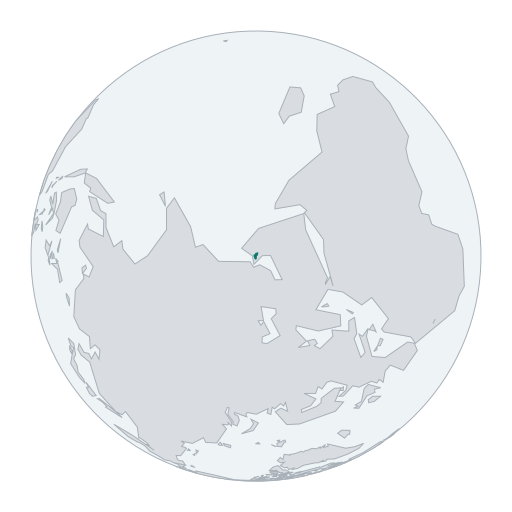 Al Buraymi on an orthographic globe, rotated 181°
{"feature_id": "OMN-4836", "entity_name": "Al Buraymi", "entity_type": "Province", "adm_level": 1, "iso_a3": "OMN", "parent_name": "Oman", "parent_adm1": "", "projection": "orthographic", "projection_center": [55.822, 24.259], "detail": "fine", "context": "on_globe", "style": "filled", "palette": "teal", "viewbox_px": 512, "rotation_deg": 181, "n_neighbors": 0, "source": "natural_earth", "source_scale": "10m", "svg_char_len": 10944}
<svg xmlns="http://www.w3.org/2000/svg" viewBox="0 0 512 512"><g transform="rotate(181 256 256)"><circle cx="256" cy="256" r="225" fill="#eef3f6" stroke="#a8b0b8"/><path d="M326.2,41.9L329.0,42.9L326.0,42.1L315.4,38.9L313.2,38.5L319.5,40.5L320.4,41.4L311.5,38.5L312.2,40.0L294.6,36.4L273.3,31.8L261.2,31.6L233.1,32.1L233.4,32.3L222.9,33.6L219.3,34.6L215.1,35.0L215.8,35.5L220.3,35.0L222.1,35.2L220.4,35.9L214.8,36.4L214.8,36.1L212.3,36.6L210.2,36.7L210.3,37.1L203.7,38.0L207.6,38.3L200.1,40.0L196.5,40.4L200.3,38.7L201.0,37.5L216.5,34.2L232.2,32.0L248.1,30.9L263.9,30.9L279.7,32.0L295.4,34.2L310.9,37.5L326.2,41.9ZM164.3,50.2L164.2,50.3L172.5,46.8L173.5,46.6L180.6,44.3L175.8,46.6L167.2,50.3L161.0,52.6L157.0,54.5L159.8,54.3L145.4,61.3L130.7,71.0L127.4,73.0L126.3,72.3L134.1,66.6L148.8,57.9L164.3,50.2ZM129.9,69.3L129.7,69.4L128.0,70.6L129.9,69.3ZM117.0,78.7L116.7,79.0L118.3,77.8L114.7,80.6L115.0,80.3L117.0,78.7ZM330.0,43.3L332.0,43.9L332.7,44.3L330.0,43.3ZM182.8,43.3L181.7,43.8L181.0,43.9L182.8,43.3ZM186.9,42.0L186.8,41.8L188.8,41.2L188.8,41.3L186.9,42.0ZM328.8,43.5L329.4,44.1L327.0,42.9L328.8,43.5ZM186.6,42.4L192.2,40.2L195.7,39.2L198.6,38.9L186.6,42.4ZM328.6,44.2L330.3,46.4L334.8,47.9L322.9,45.6L325.4,44.1L321.7,42.1L326.0,43.6L328.6,44.2ZM222.5,34.6L217.6,35.1L223.3,34.1L222.5,34.6ZM225.7,33.9L240.5,31.6L246.8,31.6L240.6,32.1L250.1,32.0L245.9,33.0L239.7,33.3L236.5,33.0L237.4,33.8L225.7,33.9ZM316.0,44.3L314.9,44.7L314.1,43.8L316.0,44.3ZM223.3,35.2L225.7,34.5L231.4,34.4L227.6,35.7L227.0,35.3L223.3,35.2ZM254.6,31.6L258.1,32.0L255.7,32.9L256.8,33.2L246.3,33.1L254.6,31.6ZM224.8,35.7L225.5,36.5L221.3,37.3L221.3,35.9L224.8,35.7ZM234.5,33.9L237.0,33.9L234.4,34.3L234.5,33.9ZM206.6,41.5L209.4,40.2L212.6,40.0L206.6,41.5ZM226.1,36.7L227.5,36.4L229.1,36.3L228.6,37.0L226.1,36.7ZM245.4,33.9L243.6,34.3L249.5,33.9L248.0,34.9L241.3,34.8L243.5,35.2L243.0,35.6L238.1,35.2L245.4,33.9ZM232.9,37.5L223.9,38.2L218.1,40.3L215.0,40.5L225.0,37.2L232.9,37.5ZM236.4,36.1L233.6,36.9L231.3,36.5L231.8,35.7L236.4,36.1ZM249.3,35.8L253.4,34.3L254.8,34.4L249.3,35.8ZM231.7,38.1L233.9,38.0L231.5,38.3L231.7,38.1ZM244.4,36.5L245.7,35.8L247.2,36.0L244.4,36.5ZM237.2,38.4L234.3,38.5L234.6,37.8L237.2,38.4ZM240.9,37.5L242.6,37.9L236.4,37.5L241.2,37.2L240.9,37.5ZM245.6,36.7L246.9,36.6L244.8,37.0L245.6,36.7ZM238.0,41.0L230.1,40.7L230.7,39.2L238.2,39.6L238.0,41.0ZM49.3,266.6L47.2,229.3L52.4,219.4L56.3,204.8L95.0,171.5L99.8,177.8L126.5,182.2L129.2,185.3L122.5,195.7L139.6,216.5L149.4,208.9L168.5,221.5L183.5,223.9L195.2,203.3L170.7,198.8L170.0,187.6L192.5,182.1L214.4,187.0L214.9,182.8L204.0,171.7L212.1,165.3L200.6,167.4L203.0,172.1L195.8,173.8L193.2,169.7L196.1,167.4L190.4,164.4L177.7,177.1L178.8,183.3L161.9,182.4L162.1,192.8L156.4,196.3L153.9,180.1L156.5,175.0L149.4,156.4L145.2,161.5L151.6,179.7L148.2,177.5L142.5,185.7L144.2,177.8L138.3,157.6L125.1,156.7L102.8,172.7L96.2,171.5L93.0,164.4L106.5,144.2L119.8,149.3L124.8,143.2L126.7,131.9L130.5,134.7L133.0,131.1L138.4,132.8L150.7,126.7L157.0,127.9L166.1,117.6L170.6,117.1L163.9,123.1L162.6,128.4L178.7,132.4L183.1,130.9L187.7,124.2L191.6,126.6L194.0,119.6L205.4,119.4L193.6,114.2L198.8,107.2L208.0,103.3L207.6,100.3L192.5,106.8L188.4,110.4L188.3,114.8L175.3,125.1L168.9,125.6L174.4,112.1L165.9,111.6L173.9,102.2L209.6,88.8L222.3,88.0L234.0,100.6L228.5,104.3L221.6,101.3L224.0,110.2L225.7,106.5L228.9,108.8L234.7,103.6L237.2,105.0L238.4,97.8L242.1,99.1L241.3,103.6L253.0,97.8L262.0,99.4L263.4,97.4L262.4,95.0L274.5,99.1L275.0,97.6L271.2,95.6L269.8,91.3L272.0,85.7L276.1,87.5L275.8,89.7L281.4,97.4L280.1,103.7L282.0,104.0L284.1,99.0L277.3,89.4L277.5,85.6L281.5,89.6L280.1,87.8L281.4,86.6L286.6,87.1L282.5,82.6L292.0,68.4L302.9,68.7L305.4,73.4L316.3,67.5L327.8,69.7L324.3,67.6L327.1,64.3L323.6,63.5L322.1,62.3L327.9,55.0L332.4,55.2L330.9,51.1L329.1,50.2L325.7,49.7L322.9,45.6L334.8,47.9L338.3,49.7L343.4,50.5L350.6,54.7L358.9,59.1L363.7,64.2L369.9,67.8L371.2,67.8L380.5,73.1L395.2,85.3L377.6,75.3L354.4,60.1L363.3,65.9L359.6,64.8L361.8,67.2L368.2,71.8L370.0,72.1L371.7,82.9L383.8,98.2L387.1,95.0L393.5,98.0L410.3,116.0L420.4,147.0L429.1,153.9L432.5,159.8L431.4,165.3L426.4,156.8L421.4,155.5L418.7,150.2L415.2,157.2L411.2,150.0L410.4,159.6L415.5,164.4L420.0,160.4L421.1,172.5L431.2,180.0L437.1,192.2L436.0,219.0L427.7,230.5L428.2,234.9L422.5,232.1L418.6,242.5L432.2,261.8L433.1,268.5L425.0,284.9L424.1,280.1L409.0,272.8L408.8,289.4L420.4,298.9L424.4,312.8L416.7,310.8L412.2,298.7L406.8,295.7L406.4,281.7L398.4,262.7L390.4,269.0L389.2,260.6L376.9,245.9L364.4,254.4L345.9,280.7L346.3,302.2L338.6,312.7L321.9,284.2L316.7,263.7L309.2,266.5L293.3,250.0L261.6,250.1L258.3,244.7L252.1,247.3L241.1,241.6L236.6,232.5L229.4,232.8L241.5,256.7L249.5,256.5L257.9,247.6L259.7,256.1L270.5,263.5L253.9,283.6L209.0,299.3L206.8,283.0L184.1,235.5L186.1,230.7L186.1,230.1L185.9,229.1L181.6,236.8L178.4,227.4L188.1,260.2L188.8,273.7L208.4,300.2L206.0,302.5L212.9,308.1L237.9,303.4L237.6,308.7L224.4,332.3L191.8,361.1L197.4,382.1L197.3,398.6L179.9,406.8L184.5,419.1L175.9,421.8L177.4,428.2L172.2,433.6L162.4,437.2L142.6,432.1L139.0,426.2L125.4,412.1L105.6,378.5L108.0,365.9L105.3,354.0L91.2,323.1L94.1,309.2L91.0,301.4L84.1,300.2L80.8,290.8L76.9,288.8L54.5,281.2L49.3,266.6ZM77.9,191.8L75.9,195.9L75.9,196.0L77.9,191.8ZM235.4,203.6L250.0,205.5L247.4,191.5L252.8,191.3L249.9,186.8L247.1,190.5L240.6,178.6L248.3,175.2L248.5,169.4L243.6,168.5L230.5,176.8L239.7,193.6L234.7,198.8L235.4,203.6ZM119.4,76.8L118.7,77.4L119.4,76.8ZM115.4,81.6L109.7,86.1L113.7,82.6L112.5,83.2L119.4,77.1L126.1,73.7L121.8,76.1L115.4,81.6ZM130.5,69.0L125.3,72.6L130.7,68.8L130.5,69.0ZM140.8,111.2L141.2,114.3L136.9,117.8L129.0,118.0L135.2,112.7L140.8,111.2ZM142.7,118.1L150.4,105.6L155.7,105.6L151.4,107.6L154.1,108.8L148.0,112.5L145.5,125.4L141.5,129.5L129.0,126.5L135.3,124.9L134.6,121.7L142.7,118.1ZM160.9,79.4L164.3,75.5L171.3,80.2L167.3,83.3L159.1,83.3L159.1,79.5L160.9,79.4ZM190.8,43.0L191.7,42.3L193.2,42.0L193.8,42.4L190.8,43.0ZM207.7,40.9L188.7,46.2L188.7,45.5L177.6,50.2L173.3,50.5L180.7,47.2L169.1,51.3L174.0,48.5L166.1,51.7L182.9,44.6L186.9,42.7L184.1,44.6L187.9,44.3L190.7,43.7L201.7,40.7L212.1,37.2L217.6,37.0L218.7,37.8L217.0,38.5L214.0,38.3L213.9,39.5L208.3,39.9L207.7,40.9ZM228.2,55.0L225.5,53.0L224.4,58.2L218.7,57.5L219.0,58.1L213.4,59.1L207.2,61.5L205.1,60.8L203.6,62.1L199.9,63.0L197.0,64.7L192.4,64.2L188.5,66.3L188.5,64.9L183.2,68.8L185.1,65.7L180.5,67.0L181.1,69.3L162.9,65.4L153.8,67.1L145.1,70.6L149.6,65.6L160.5,59.7L173.8,54.5L181.9,54.0L182.5,52.2L186.5,51.5L184.4,53.2L190.1,50.3L192.9,50.3L204.7,47.6L211.2,44.1L215.7,43.3L214.5,44.7L219.8,43.0L220.7,45.2L223.9,44.8L228.0,46.9L223.9,50.4L227.8,49.7L231.1,51.7L228.2,55.0ZM238.9,41.7L235.3,45.2L230.4,46.8L225.3,42.5L222.3,42.6L218.9,40.6L226.0,38.5L226.3,39.2L228.3,39.5L225.3,40.0L229.2,39.8L229.7,40.9L232.9,41.1L230.9,42.1L238.9,41.7ZM134.6,182.2L137.1,183.6L141.5,184.3L138.0,189.8L134.6,182.2ZM130.2,168.5L132.8,168.5L130.1,176.0L127.5,174.8L130.2,168.5ZM136.6,162.5L133.2,168.0L133.5,164.4L136.6,162.5ZM166.5,123.0L169.6,123.0L169.0,124.7L166.2,126.7L166.5,123.0ZM223.9,72.5L223.0,70.6L224.5,70.1L227.2,65.6L231.6,66.2L231.7,69.1L223.9,72.5ZM189.7,206.3L184.0,209.7L182.3,207.3L184.6,206.6L189.7,206.3ZM158.7,199.8L164.7,204.1L157.7,201.2L158.7,199.8ZM229.1,72.3L229.7,70.3L231.5,71.9L229.1,72.3ZM234.9,66.4L237.5,67.8L232.4,65.7L234.9,66.4ZM289.8,469.7L292.4,470.6L288.5,471.1L289.8,469.7ZM235.7,398.9L225.0,425.6L214.3,424.9L210.6,416.9L213.3,400.5L225.2,396.4L230.6,388.8L235.7,398.9ZM454.2,331.3L457.0,330.2L456.7,331.2L454.2,331.3ZM451.4,330.2L454.9,328.2L450.4,332.7L451.4,330.2ZM456.3,327.4L459.9,323.2L461.4,320.6L460.9,322.7L456.3,327.4ZM448.8,331.8L433.0,339.6L426.2,340.1L428.2,336.0L439.2,332.0L448.8,331.8ZM427.7,336.1L416.7,330.7L398.6,307.5L405.1,306.1L423.5,317.5L422.4,320.9L429.0,326.0L427.7,336.1ZM452.5,306.6L451.3,316.1L443.0,319.8L438.9,320.3L436.2,310.0L437.8,303.4L441.2,302.0L452.2,275.3L456.5,278.0L453.6,288.5L457.0,294.5L452.5,306.6ZM347.4,304.1L353.5,315.6L349.0,318.4L347.4,304.1ZM454.8,258.5L451.6,270.0L454.0,255.7L454.8,258.5ZM455.2,245.8L456.3,250.2L453.7,246.9L455.2,245.8ZM429.8,241.1L426.2,243.8L425.3,240.7L429.2,235.4L429.8,241.1ZM441.6,202.7L444.8,212.0L445.2,215.5L442.1,210.7L441.6,202.7ZM267.5,78.0L258.8,83.3L255.5,88.3L258.2,92.7L250.7,89.1L255.8,81.4L267.5,78.0ZM288.5,69.2L286.1,66.0L289.6,66.3L290.6,67.1L288.5,69.2ZM285.4,68.0L277.9,66.2L278.1,63.8L283.9,65.6L285.4,68.0ZM253.3,68.2L250.4,69.6L249.0,68.2L253.3,68.2ZM439.0,387.4L419.1,409.3L416.1,410.6L421.0,404.6L426.6,391.0L428.0,390.5L432.4,379.9L448.3,362.0L461.0,337.4L465.0,334.0L471.0,316.8L473.6,312.9L470.1,325.2L470.0,326.3L464.0,342.4L456.8,358.0L448.5,373.1L439.0,387.4ZM461.0,327.2L465.6,317.2L467.4,315.0L461.0,327.2ZM477.8,295.3L476.6,299.1L477.7,293.6L478.2,288.0L475.1,291.2L474.5,288.2L476.1,283.4L473.3,283.8L476.5,277.8L477.2,284.7L478.8,275.6L480.3,273.1L480.7,272.0L477.8,295.3ZM475.3,296.7L475.8,295.9L475.1,299.2L475.3,296.7ZM468.9,297.0L468.6,299.6L467.6,298.7L468.9,297.0ZM470.4,294.3L473.1,293.7L470.0,296.6L470.4,294.3ZM459.1,295.2L460.3,300.0L464.1,293.6L461.2,300.9L463.2,308.3L462.1,312.4L460.2,304.3L458.6,315.3L456.8,316.3L456.4,308.1L458.5,296.0L460.2,290.3L466.8,283.4L459.1,295.2ZM470.6,287.4L469.7,281.6L470.2,276.6L471.2,279.2L470.6,287.4ZM466.1,268.2L462.6,262.7L460.3,267.5L464.1,253.0L467.0,260.6L466.1,268.2ZM461.8,253.2L459.7,257.6L461.2,249.6L461.8,253.2ZM458.7,255.5L457.5,250.4L459.6,249.8L458.7,255.5ZM463.0,252.5L461.9,243.2L463.7,247.8L463.0,252.5ZM454.2,239.2L460.3,244.9L453.9,245.1L449.4,228.1L451.8,226.0L454.2,239.2ZM440.8,162.3L437.9,158.1L438.9,155.6L440.6,159.1L440.8,162.3ZM439.4,145.1L438.2,153.6L436.8,161.2L439.2,162.2L442.3,170.8L436.6,165.1L434.7,154.2L436.5,149.9L432.9,143.2L431.9,137.0L426.2,129.7L424.5,125.6L430.2,131.2L439.4,145.1ZM423.7,126.8L413.4,113.7L417.0,112.9L420.1,115.6L423.3,121.7L421.2,121.8L423.7,126.8ZM412.0,110.5L409.8,110.6L390.3,95.3L387.0,92.0L403.8,102.3L402.7,103.1L406.9,107.2L412.0,110.5ZM317.3,45.4L315.1,44.7L317.2,44.9L317.3,45.4ZM320.1,62.0L318.5,60.4L321.0,60.4L320.1,62.0ZM315.4,56.3L313.6,57.3L313.8,55.5L315.4,56.3ZM310.1,60.0L312.2,57.4L312.6,61.0L310.1,60.0Z" fill="#d9dde1" stroke="#a8b0b8" stroke-width="1"/><path d="M256.4,253.2L256.5,253.2L256.7,253.3L256.7,253.5L256.6,253.8L256.7,254.1L256.9,254.1L256.9,254.3L257.4,254.9L257.7,256.1L257.8,256.5L257.6,256.9L257.2,256.9L256.7,257.0L256.5,257.4L256.3,257.5L256.1,257.7L256.2,258.3L256.0,258.5L255.5,258.6L255.1,258.8L254.6,258.8L254.8,258.3L254.8,258.2L255.0,258.0L255.0,257.9L255.0,257.6L254.9,257.4L254.7,257.3L254.7,257.2L254.8,257.1L255.0,257.1L255.3,256.9L255.5,256.9L255.8,256.9L255.9,257.0L256.4,256.8L256.6,256.8L256.6,256.7L256.5,256.3L256.4,256.1L256.1,256.2L255.8,256.1L255.9,255.7L256.0,255.5L255.9,255.4L255.8,255.1L255.8,254.9L255.9,254.7L256.0,254.5L256.0,254.4L255.9,254.3L255.9,254.2L255.9,253.7L256.0,253.4L256.3,253.2L256.4,253.2Z" fill="#14b8a6" stroke="#0f766e" stroke-width="1.5"/></g></svg>